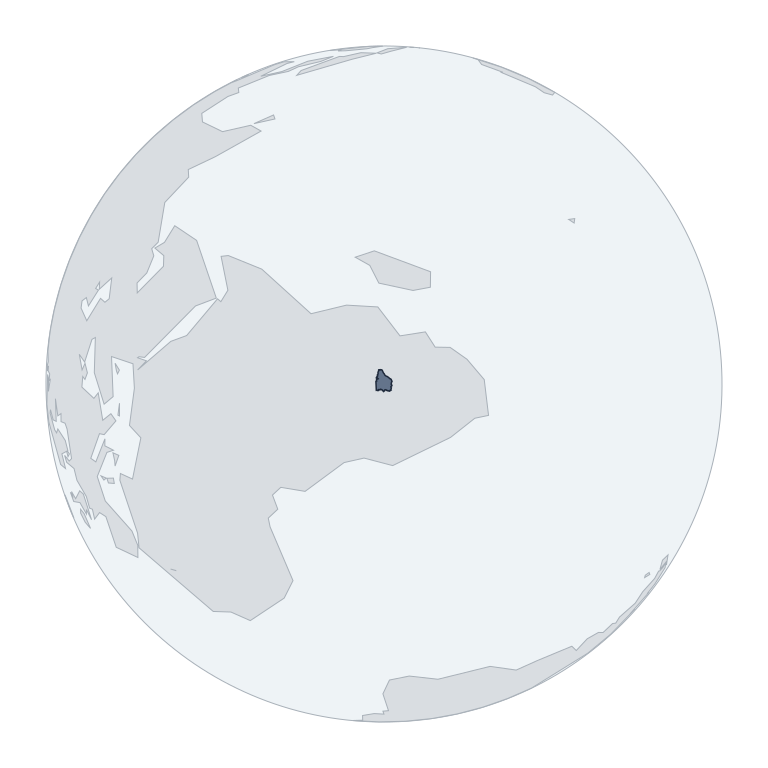 Southern highlighted on a globe, orthographic projection, rotated 266°
{"feature_id": "ZMB-522", "entity_name": "Southern", "entity_type": "Province", "adm_level": 1, "iso_a3": "ZMB", "parent_name": "Zambia", "parent_adm1": "", "projection": "orthographic", "projection_center": [26.307, -16.684], "detail": "fine", "context": "on_globe", "style": "filled", "palette": "slate", "viewbox_px": 768, "rotation_deg": 266, "n_neighbors": 0, "source": "natural_earth", "source_scale": "10m", "svg_char_len": 7401}
<svg xmlns="http://www.w3.org/2000/svg" viewBox="0 0 768 768"><g transform="rotate(266 384 384)"><circle cx="384" cy="384" r="338" fill="#eef3f6" stroke="#a8b0b8"/><path d="M50.5,329.4L50.1,339.3L54.8,339.5L55.9,351.2L54.7,360.9L57.7,360.1L57.8,365.7L75.0,361.3L88.3,368.8L90.9,388.8L85.7,417.2L94.9,470.1L89.4,495.9L97.4,517.6L109.3,553.1L104.7,557.2L115.7,569.0L121.2,580.6L120.8,585.2L129.1,595.3L129.3,598.5L135.1,602.7L147.8,619.3L158.7,627.6L171.1,640.4L178.2,644.9L178.4,646.1L181.7,649.5L186.2,652.6L181.2,651.6L165.7,640.3L157.1,632.5L157.1,633.2L137.5,613.4L142.0,618.7L118.7,592.8L101.3,568.6L70.4,510.0L61.6,485.2L54.7,459.9L49.8,434.1L46.9,407.9L46.1,381.7L47.3,355.4L50.5,329.4ZM193.7,655.4L183.6,653.1L187.4,653.5L179.7,646.3L188.8,649.5L193.7,655.4ZM175.5,635.9L172.7,630.5L175.0,631.3L177.5,635.3L175.5,635.9ZM478.8,59.7L479.9,60.0L482.4,60.7L482.0,60.6L505.9,68.8L529.0,78.8L551.4,90.5L572.8,103.8L593.2,118.6L612.4,135.0L630.4,152.7L646.9,171.7L662.0,191.9L675.6,213.2L687.5,235.5L697.8,258.5L695.0,252.0L696.8,258.1L710.3,297.4L712.4,306.8L711.8,317.0L710.5,309.6L699.6,282.6L702.8,303.9L711.3,330.5L714.4,356.4L710.2,343.5L706.4,320.6L702.5,310.4L699.8,291.1L689.4,259.3L684.9,259.5L681.7,248.3L666.7,221.1L658.1,221.2L647.0,240.5L651.4,269.1L644.9,279.0L622.5,231.5L611.6,203.7L604.0,203.6L580.4,178.0L541.2,168.6L535.2,161.7L527.9,163.3L511.3,155.1L502.0,144.7L492.1,144.2L516.8,172.2L527.4,173.3L535.6,164.9L540.6,174.9L556.5,186.3L540.3,207.1L481.4,222.7L475.0,201.4L427.2,147.0L428.3,141.7L428.1,141.1L427.4,140.0L423.7,148.6L415.2,139.2L441.4,174.3L446.1,190.5L480.6,223.9L477.5,227.0L488.4,234.8L522.7,230.4L523.0,237.6L507.1,270.1L459.2,316.1L465.3,352.1L461.3,383.2L430.9,403.3L433.1,428.9L417.2,437.6L415.9,452.5L402.9,468.5L381.4,484.3L345.4,486.1L343.5,472.2L326.1,446.7L302.0,387.0L311.5,358.9L308.4,338.7L282.4,297.8L288.1,273.8L281.0,265.0L266.5,269.3L258.3,259.2L249.4,260.4L194.2,279.5L177.4,269.5L157.3,234.1L167.2,215.4L169.0,197.8L237.7,128.2L252.3,127.8L306.4,113.8L313.1,114.8L306.7,126.5L347.3,137.7L360.4,127.2L397.2,134.7L421.7,135.0L430.4,114.1L390.3,112.9L383.4,103.4L415.5,95.8L450.5,99.3L448.9,95.8L426.8,86.9L434.9,82.1L419.1,83.8L425.5,87.2L415.8,88.9L409.4,86.0L412.5,84.0L402.0,82.4L389.9,93.6L395.1,98.3L367.4,100.9L373.4,109.5L365.9,114.0L353.0,101.3L354.3,96.7L330.3,86.3L326.4,91.1L348.8,101.8L341.8,101.2L336.8,109.5L335.1,102.8L311.7,91.5L286.7,97.8L254.9,122.3L240.3,127.1L228.1,126.4L239.8,105.5L271.1,97.3L275.6,91.3L269.4,85.9L279.4,84.4L280.7,81.7L292.6,79.2L309.3,71.0L321.3,68.9L328.0,62.0L335.1,60.4L329.1,64.6L331.4,67.1L361.2,64.7L367.1,63.1L369.0,59.2L377.0,59.7L375.0,56.4L392.3,55.2L369.6,54.4L371.3,51.5L381.7,49.5L378.2,48.9L361.2,52.3L358.1,54.0L361.9,55.5L349.9,62.1L339.6,64.0L336.8,57.8L321.9,60.4L326.3,55.8L369.5,47.0L387.5,46.3L417.0,49.1L412.8,49.7L400.0,48.7L411.7,51.4L410.8,50.2L417.4,51.2L420.7,49.9L425.5,50.6L420.4,48.8L426.7,49.6L429.9,50.7L440.1,51.0L453.3,53.4L453.2,53.3L449.5,52.5L462.4,55.3L478.8,59.7ZM214.3,158.2L212.5,163.3L212.4,163.3L214.3,158.2ZM488.2,115.8L508.8,119.8L498.4,106.6L505.5,107.4L499.4,103.0L497.6,105.7L482.5,94.6L491.0,93.1L488.0,88.6L480.9,87.1L467.8,91.9L489.2,107.2L485.0,111.3L488.2,115.8ZM276.3,72.4L280.2,72.6L275.6,75.8L260.4,81.2L266.9,76.3L276.3,72.4ZM286.9,72.4L288.4,66.3L297.9,63.6L292.3,65.9L298.5,64.8L291.1,68.4L298.7,73.0L295.2,76.4L269.0,82.8L279.5,78.4L275.0,78.1L286.9,72.4ZM281.7,61.9L295.8,57.9L292.8,59.0L277.4,63.7L271.9,65.3L275.4,64.1L275.8,63.9L281.7,61.9ZM320.9,110.0L326.1,110.0L334.3,108.8L331.3,114.5L320.9,110.0ZM304.5,102.2L309.3,101.0L309.0,107.5L303.6,108.0L304.5,102.2ZM312.1,95.3L309.5,100.4L307.7,97.9L312.1,95.3ZM333.5,63.7L338.6,62.8L339.1,63.6L336.2,65.3L333.5,63.7ZM423.5,117.2L416.3,121.0L412.7,118.9L415.9,118.0L423.5,117.2ZM371.5,116.4L383.3,118.8L370.6,117.9L371.5,116.4ZM535.3,579.7L535.7,585.8L531.3,584.9L535.3,579.7ZM517.5,383.6L492.7,438.3L477.3,437.0L475.3,419.5L485.0,385.9L503.3,378.1L512.5,364.1L517.5,383.6ZM716.7,443.2L716.9,442.2L716.7,442.9L716.7,443.2ZM717.6,437.6L717.7,435.5L718.2,432.9L717.7,437.3L717.6,437.6ZM718.3,430.1L715.5,414.3L713.4,404.3L714.8,400.1L718.2,411.1L718.3,430.1ZM714.5,399.4L710.2,374.9L698.0,318.5L702.5,323.2L713.9,362.5L713.4,366.4L716.1,384.1L714.5,399.4ZM721.8,392.3L721.8,392.8L721.1,406.4L720.4,396.5L719.6,390.3L719.1,369.2L719.4,361.4L720.4,364.9L720.5,353.4L721.8,392.3ZM652.8,272.4L660.1,292.6L656.0,293.7L652.8,272.4ZM702.0,269.7L702.4,270.8L701.6,269.0L699.9,264.4L700.0,264.2L702.0,269.7ZM663.0,574.7L660.5,572.3L663.4,564.1L669.9,555.8L687.0,522.0L686.7,524.3L695.9,503.7L701.2,500.3L703.0,495.4L692.0,522.9L678.6,549.5L663.0,574.7Z" fill="#d9dde1" stroke="#a8b0b8" stroke-width="1"/><path d="M399.0,379.8L398.9,379.8L398.7,380.0L398.5,380.3L398.4,380.4L398.5,380.5L398.5,380.8L398.4,381.0L398.4,381.3L398.5,381.4L398.3,381.7L398.3,381.9L398.3,382.0L398.4,382.3L398.3,382.6L398.2,382.8L397.9,383.1L397.7,383.3L397.2,383.4L395.1,384.2L394.8,384.4L394.2,384.9L392.8,385.5L392.5,385.7L392.3,385.9L391.5,387.1L391.4,387.3L391.3,387.7L391.1,388.0L390.8,388.3L390.3,388.9L388.8,390.4L388.7,390.5L388.7,390.8L388.5,391.1L388.2,391.4L388.0,391.5L387.9,391.5L387.7,391.6L387.4,391.7L386.7,391.9L386.5,392.0L386.4,392.0L386.2,392.2L385.8,392.1L385.7,392.0L385.6,391.9L385.4,391.7L385.2,391.7L384.6,391.4L384.3,391.4L384.1,391.4L383.9,391.3L383.7,391.2L383.4,391.1L383.2,391.3L382.9,391.4L382.8,391.5L382.7,391.5L382.2,391.8L381.9,391.8L381.5,391.6L381.4,391.4L381.5,391.3L381.4,391.2L381.2,391.1L381.0,390.9L380.8,390.8L380.6,390.8L380.6,390.7L380.3,390.7L380.1,390.8L379.7,390.9L379.6,391.0L379.5,390.9L379.4,390.9L379.0,390.9L378.8,390.8L378.6,390.8L378.4,390.8L378.3,390.7L378.2,390.6L378.0,390.4L377.9,390.4L377.7,390.3L377.7,390.2L377.4,389.9L377.3,390.0L377.3,389.9L377.2,389.9L377.2,389.7L376.9,389.6L376.8,389.4L376.7,389.4L376.5,389.2L376.5,388.8L376.6,388.7L376.8,388.4L376.8,388.2L376.8,387.9L376.8,387.7L377.0,387.5L377.1,387.4L377.2,387.2L377.1,386.9L377.1,386.7L377.4,386.5L377.5,386.4L377.6,386.2L377.6,385.9L378.0,385.7L378.2,385.4L378.0,384.8L378.0,384.7L378.0,384.3L378.0,384.2L377.9,384.1L377.2,384.0L377.2,383.9L377.1,383.7L376.8,383.4L376.6,383.2L376.8,383.1L377.4,382.2L377.5,382.2L377.8,382.0L377.9,381.9L378.0,381.8L378.2,381.7L378.3,381.7L378.5,381.3L378.5,381.2L378.6,380.9L378.8,380.7L379.0,380.5L378.9,380.4L378.7,380.4L378.6,380.2L378.5,379.9L378.6,379.7L378.7,379.4L378.7,379.2L378.8,378.6L378.8,378.4L378.7,378.4L378.4,378.5L378.2,378.5L378.0,378.3L378.0,378.2L378.2,377.9L377.9,377.7L378.0,377.4L378.1,377.2L378.0,376.9L378.3,376.8L378.3,376.7L378.4,376.4L378.5,376.2L378.4,375.9L386.5,376.1L386.8,376.1L387.1,376.1L387.8,376.6L387.7,376.8L387.8,376.8L389.1,376.9L389.2,377.0L389.5,378.3L389.6,378.5L389.7,378.4L389.8,378.4L390.3,377.4L390.4,377.5L390.5,377.5L390.6,377.4L390.8,377.3L390.8,377.2L391.0,377.0L391.0,376.9L391.2,377.0L391.5,377.2L391.5,377.3L391.7,377.5L391.6,377.8L391.8,377.9L391.8,378.0L392.0,378.0L392.2,377.9L392.5,377.9L392.7,378.0L392.8,378.2L393.0,378.1L393.4,378.0L393.7,378.1L393.8,378.3L393.9,378.5L394.1,378.5L394.6,378.7L394.7,378.8L394.9,378.9L395.0,378.9L395.3,378.8L395.8,378.8L396.0,378.8L396.4,379.0L396.5,379.0L396.8,379.3L397.0,379.4L397.4,379.4L397.8,379.7L397.9,379.8L398.0,379.8L398.2,379.7L398.3,379.7L398.3,379.8L398.4,379.7L398.5,379.7L398.8,379.7L399.0,379.8Z" fill="#64748b" stroke="#1e293b" stroke-width="1.5"/></g></svg>